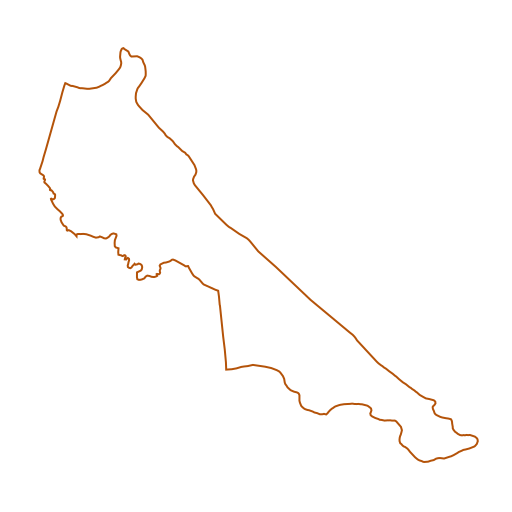 the district of Salinas, Santa Elena, Ecuador, rotated 177°
{"feature_id": "8360857B49766571468879", "entity_name": "Salinas", "entity_type": "district", "adm_level": 2, "iso_a3": "ECU", "parent_name": "Ecuador", "parent_adm1": "Santa Elena", "projection": "orthographic", "projection_center": [-80.916, -2.26], "detail": "fine", "context": "isolated", "style": "outline", "palette": "amber", "viewbox_px": 512, "rotation_deg": 177, "n_neighbors": 0, "source": "geoboundaries", "source_scale": "gbopen_adm2", "svg_char_len": 5990}
<svg xmlns="http://www.w3.org/2000/svg" viewBox="0 0 512 512"><g transform="rotate(177 256 256)"><path d="M291.7,144.1L286.1,144.2L281.4,144.8L276.5,146.0L273.6,146.3L270.0,146.5L264.8,147.4L252.8,145.0L247.7,143.6L246.6,143.3L241.2,140.9L238.9,139.5L237.8,138.3L235.4,134.7L234.3,131.8L233.9,128.1L233.4,126.5L232.3,124.9L231.4,123.2L228.9,120.6L228.1,120.0L225.1,118.5L222.4,117.7L221.0,116.9L220.5,116.3L219.9,114.7L220.2,109.2L219.8,107.2L218.7,104.0L217.9,103.0L216.3,101.4L215.0,100.5L212.8,99.6L211.1,99.2L207.5,97.7L205.9,96.7L203.2,95.9L200.5,94.6L197.7,94.5L196.4,94.8L194.2,94.1L192.8,95.2L192.0,96.2L190.1,98.1L188.3,99.5L186.8,100.3L185.5,101.2L184.4,101.7L180.9,102.7L179.5,103.0L175.8,103.4L169.7,103.4L168.7,103.5L167.3,103.5L165.6,103.1L163.5,102.9L161.4,102.9L158.8,102.4L158.0,102.4L152.9,100.8L152.0,100.3L150.2,98.8L149.1,97.7L148.8,95.8L149.5,94.0L150.1,92.8L149.8,91.0L148.4,89.7L145.4,88.0L142.1,86.7L141.1,86.0L139.1,85.7L136.2,84.9L133.2,85.0L132.0,84.9L130.6,84.9L128.8,84.5L126.0,84.4L124.6,83.5L120.2,77.8L119.4,74.4L119.9,72.7L120.8,70.0L121.5,68.6L122.0,67.0L122.3,65.1L122.3,63.5L121.7,61.4L120.7,60.6L119.9,59.5L119.3,58.8L118.1,57.9L117.1,57.5L115.1,55.9L114.1,54.8L112.4,52.3L107.7,46.7L106.1,45.2L104.8,44.1L103.4,43.3L101.2,42.5L100.0,41.8L98.9,41.5L94.9,41.6L92.2,42.4L89.2,42.9L86.7,44.2L84.6,44.6L82.7,44.6L78.8,43.9L72.9,45.5L71.8,45.7L69.1,46.8L65.1,48.8L63.9,49.6L60.4,50.9L59.1,51.5L56.9,51.8L53.1,52.6L48.0,54.3L47.1,54.9L45.3,56.8L44.2,59.5L44.4,61.4L45.1,62.6L46.9,64.2L51.8,66.1L53.5,66.0L55.2,66.3L56.8,66.0L57.9,66.3L59.7,66.1L61.6,66.5L63.9,67.9L65.0,69.0L66.0,69.7L66.8,70.5L67.2,71.3L67.7,71.8L68.5,73.5L68.5,75.6L68.6,76.1L68.9,78.6L68.9,79.9L69.2,81.5L69.9,82.8L72.4,83.6L74.9,84.1L78.5,85.0L80.4,85.7L84.2,87.8L85.3,88.8L86.0,90.0L86.4,91.7L87.3,93.9L87.5,95.5L87.3,96.4L85.4,98.1L84.5,99.4L84.6,101.2L85.4,102.1L86.0,102.6L86.8,102.9L90.5,104.1L93.8,104.9L96.4,106.5L99.8,108.7L102.6,111.5L103.5,112.1L104.8,113.4L107.3,115.2L108.4,116.3L109.5,116.9L113.0,120.1L116.0,122.2L119.7,125.6L122.3,128.3L123.4,129.1L125.7,131.3L129.0,133.9L132.0,136.6L134.2,138.1L135.5,139.4L136.7,140.2L139.3,142.4L141.0,144.2L159.5,166.4L160.8,168.7L161.9,170.3L163.6,172.3L166.6,174.9L203.9,209.4L236.7,244.0L253.5,260.5L261.1,270.9L262.5,272.6L264.2,274.2L271.5,278.9L280.1,285.6L280.8,285.9L282.0,286.9L283.9,288.7L294.6,300.3L296.4,305.0L298.0,308.0L298.3,308.8L305.6,319.4L313.3,329.9L314.3,331.8L315.0,334.9L314.8,336.0L313.7,338.5L312.2,340.4L311.3,342.7L311.1,344.1L311.3,345.7L312.7,350.0L318.0,359.2L318.8,360.1L319.6,360.7L320.2,361.0L321.3,362.8L324.2,364.7L328.0,368.9L329.1,369.7L331.1,371.9L332.9,374.8L333.7,375.7L336.1,378.1L338.1,379.4L339.1,380.4L340.1,381.7L340.7,383.0L342.3,385.1L346.3,389.2L356.3,402.8L361.7,407.7L364.9,411.6L366.0,413.1L366.9,414.9L367.5,416.2L367.9,419.4L367.8,421.4L367.3,424.9L365.7,429.0L364.9,430.3L364.1,431.1L361.4,434.6L358.1,439.3L356.8,441.7L356.6,443.4L356.5,446.3L356.8,450.8L357.1,452.2L358.4,455.3L359.1,458.0L360.2,459.3L361.8,460.5L364.2,461.7L370.0,461.7L371.1,462.7L371.7,463.8L372.8,466.9L376.8,469.7L377.4,470.5L378.5,470.3L379.3,469.7L380.4,467.5L380.7,466.4L381.3,462.2L381.3,460.9L380.9,458.5L380.5,456.9L380.5,455.4L381.0,453.4L381.6,451.8L382.1,451.0L383.4,449.4L386.6,445.9L391.6,441.2L393.5,438.6L394.9,437.5L396.2,436.9L397.8,435.9L400.3,434.7L401.7,434.2L403.9,433.2L406.3,432.4L413.6,431.7L415.9,431.8L420.4,432.6L422.9,432.8L424.0,433.1L425.4,433.8L430.2,435.4L431.4,435.5L432.4,435.8L436.5,438.2L437.4,438.6L438.5,436.1L440.8,429.6L443.5,421.1L445.6,415.3L447.6,410.8L460.2,373.6L462.9,366.0L464.2,361.8L467.2,354.1L467.6,353.4L467.8,352.4L467.7,350.8L467.1,349.8L464.3,347.8L463.8,347.3L463.6,346.7L463.5,346.1L464.0,344.8L464.0,344.2L463.8,344.0L463.0,343.8L462.7,343.5L462.8,342.8L463.4,341.5L463.5,341.1L463.4,340.5L461.9,339.1L459.8,336.7L458.2,334.5L458.0,333.7L458.3,333.1L458.2,332.6L457.8,332.4L457.0,332.4L456.5,332.0L455.2,330.2L454.9,329.0L453.7,328.3L453.5,328.1L453.4,327.7L453.5,326.3L453.8,324.5L454.1,324.1L454.7,323.6L455.3,323.3L456.1,323.2L456.4,323.3L457.3,324.0L457.5,324.0L457.8,323.8L457.7,323.1L455.9,318.8L454.7,316.6L454.2,315.8L451.8,313.1L449.7,311.1L447.3,308.3L446.8,307.5L446.7,306.8L446.7,306.3L447.2,305.9L448.4,305.4L449.0,304.5L449.2,303.6L449.2,302.3L448.4,299.8L446.6,296.7L446.1,296.2L444.7,295.6L444.0,294.9L443.8,294.6L443.6,293.7L443.6,291.7L443.4,291.4L442.8,291.2L442.1,291.6L441.6,291.6L439.4,290.4L435.9,287.3L434.2,285.1L434.1,286.2L434.0,286.7L433.8,286.9L433.4,287.2L432.4,287.3L430.0,287.1L427.2,287.1L424.3,286.6L420.1,285.0L417.5,283.7L414.9,282.7L412.1,283.0L410.9,283.7L408.4,282.6L406.9,281.7L405.5,281.4L404.6,281.4L403.2,282.1L401.5,283.2L400.4,284.6L399.0,285.5L397.3,286.0L396.2,285.7L394.4,285.0L394.2,283.5L396.1,279.2L396.5,276.4L396.5,273.2L395.6,271.9L392.9,270.9L393.4,267.1L393.3,264.5L391.8,264.0L390.8,263.8L389.7,263.1L389.0,262.9L387.8,263.6L387.0,263.7L386.3,263.1L386.1,262.2L386.8,261.1L387.2,259.5L385.8,259.3L384.8,260.4L384.1,260.8L383.0,259.9L382.9,258.5L383.6,256.6L384.1,254.6L384.6,253.3L384.5,251.7L383.5,250.9L382.2,250.4L381.0,251.0L379.5,252.9L378.5,253.6L377.7,254.6L376.8,253.6L374.6,254.0L373.8,254.6L372.3,254.2L370.9,253.2L370.3,251.8L370.3,250.3L370.9,248.4L371.9,247.4L375.7,245.9L376.0,240.9L375.7,239.0L374.2,238.3L372.7,238.3L371.1,238.6L368.7,239.5L367.3,241.2L365.6,242.1L363.4,241.6L361.4,240.7L358.9,240.3L357.1,240.7L355.8,241.3L356.2,243.1L355.8,243.3L354.0,242.8L353.0,243.5L352.6,244.5L352.9,245.7L352.8,246.8L352.0,248.4L352.0,249.2L352.7,251.3L351.9,252.6L348.4,254.1L346.3,254.2L343.0,255.0L341.6,255.6L340.3,256.6L339.1,256.8L336.8,255.8L328.5,250.6L326.9,249.4L326.2,249.3L325.3,249.5L324.3,249.5L323.8,248.1L320.8,242.1L319.5,239.9L318.7,239.0L315.2,236.5L315.4,236.8L313.9,235.5L310.7,231.3L309.7,230.3L298.3,224.4L295.6,223.3L295.1,217.4L294.8,209.2L294.6,208.4L293.0,177.2L292.1,164.4L291.6,151.4L291.7,144.1Z" fill="none" stroke="#b45309" stroke-width="2"/></g></svg>